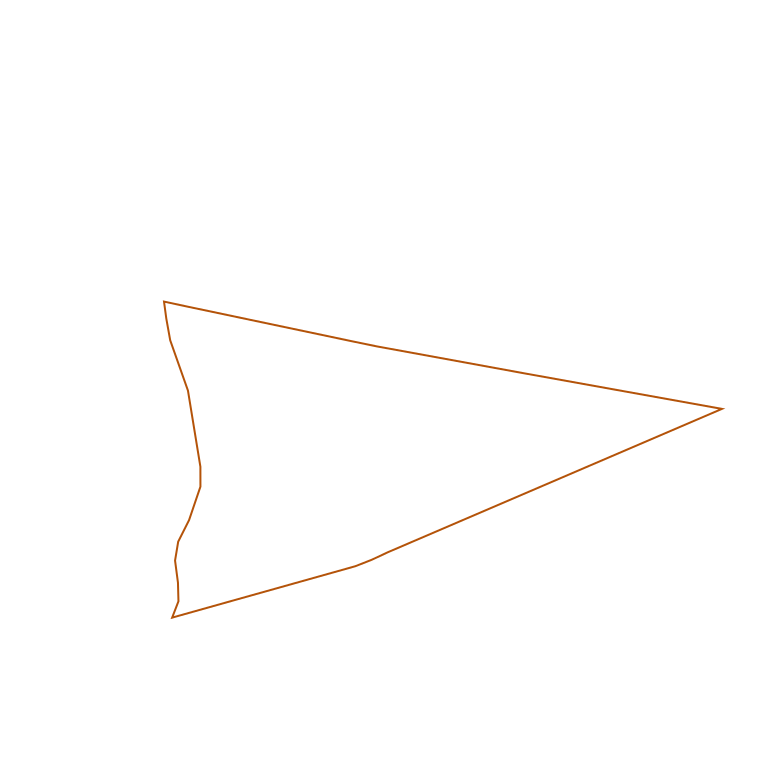 outline of Amparo do São Francisco, Sergipe, Brazil, rotated 244°
{"feature_id": "56859067B64009913440528", "entity_name": "Amparo do São Francisco", "entity_type": "district", "adm_level": 2, "iso_a3": "BRA", "parent_name": "Brazil", "parent_adm1": "Sergipe", "projection": "mercator", "projection_center": [-36.916, -10.174], "detail": "fine", "context": "isolated", "style": "outline", "palette": "amber", "viewbox_px": 768, "rotation_deg": 244, "n_neighbors": 0, "source": "geoboundaries", "source_scale": "gbopen_adm2", "svg_char_len": 417}
<svg xmlns="http://www.w3.org/2000/svg" viewBox="0 0 768 768"><g transform="rotate(244 384 384)"><path d="M316.9,118.8L295.7,111.7L278.8,104.0L266.9,91.2L232.8,278.3L231.4,295.8L231.1,313.6L213.5,676.8L332.5,514.2L420.9,394.1L436.8,373.5L538.9,242.3L554.5,222.4L538.2,217.0L517.0,211.0L464.0,204.9L390.1,182.7L372.2,174.0L347.1,149.1L332.5,129.9L316.9,118.8Z" fill="none" stroke="#b45309" stroke-width="2"/></g></svg>